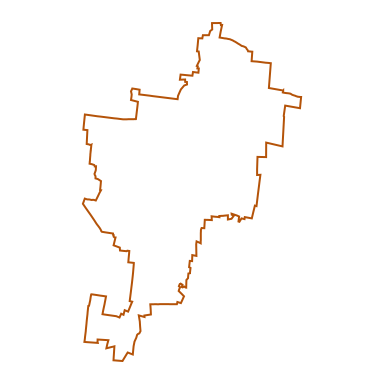 Peto, Yucatán, Mexico (Robinson projection)
{"feature_id": "50627088B37854102096410", "entity_name": "Peto", "entity_type": "district", "adm_level": 2, "iso_a3": "MEX", "parent_name": "Mexico", "parent_adm1": "Yucatán", "projection": "robinson", "projection_center": [-88.859, 20.051], "detail": "fine", "context": "isolated", "style": "outline", "palette": "amber", "viewbox_px": 384, "rotation_deg": 0, "n_neighbors": 0, "source": "geoboundaries", "source_scale": "gbopen_adm2", "svg_char_len": 5723}
<svg xmlns="http://www.w3.org/2000/svg" viewBox="0 0 384 384"><path d="M257.1,169.2L257.5,156.9L266.1,157.1L266.2,142.6L282.5,146.4L283.5,127.9L284.1,116.8L283.7,116.1L285.2,105.6L300.0,108.2L301.1,97.0L300.7,97.0L299.4,96.9L298.8,96.8L298.0,96.8L297.2,96.5L296.3,96.3L295.8,96.0L295.0,95.7L294.3,95.5L293.4,95.2L292.2,94.8L291.3,94.2L290.8,93.9L290.2,93.6L289.8,93.5L289.4,93.5L289.2,93.4L288.2,93.3L287.8,93.2L287.1,93.2L286.5,93.1L285.6,93.0L284.4,92.8L283.2,92.6L282.9,92.5L283.0,92.3L283.1,91.3L283.2,90.5L283.2,90.4L283.1,90.5L268.9,88.0L270.8,63.2L268.2,62.9L265.6,62.7L257.1,61.6L251.6,61.2L252.3,51.7L251.1,51.6L250.3,51.5L249.3,51.4L248.7,51.3L248.1,51.3L247.8,50.6L247.6,50.1L247.3,49.6L246.9,49.2L246.5,48.6L246.0,47.7L245.9,47.5L244.3,46.7L243.0,46.2L241.7,45.9L241.1,45.5L239.8,44.6L237.9,43.5L236.7,42.7L234.9,41.6L234.0,41.2L232.7,40.4L230.5,39.5L230.1,39.3L229.6,39.2L227.9,38.9L227.1,38.7L226.1,38.5L225.7,38.4L225.3,38.5L223.6,38.2L219.6,37.5L220.7,31.5L222.1,25.0L220.9,25.1L220.6,23.0L212.0,23.1L212.2,29.5L210.2,31.0L208.9,35.2L202.9,35.2L202.3,38.4L198.3,38.2L197.7,44.9L197.0,51.3L198.7,51.5L199.8,60.0L199.1,61.3L198.6,62.3L196.8,66.0L197.8,66.4L197.4,68.4L198.8,68.5L198.4,72.7L193.0,72.0L192.4,75.7L185.8,75.1L185.0,75.0L180.6,74.6L180.4,76.1L179.9,79.7L185.1,79.5L185.2,81.9L186.9,82.0L187.0,84.5L184.2,85.5L180.9,89.4L179.3,92.9L178.0,95.9L177.6,99.2L152.6,96.1L149.9,95.7L145.8,95.2L139.2,94.4L139.6,89.7L136.2,89.1L132.3,88.5L132.0,89.3L131.0,91.3L131.7,94.4L131.5,96.6L131.0,100.0L137.9,101.8L137.7,104.0L137.1,109.1L135.9,119.1L133.0,119.2L131.2,119.2L128.7,119.2L126.8,119.3L122.8,119.3L119.5,118.9L117.3,118.6L114.1,118.3L100.5,116.6L97.6,116.3L84.9,114.5L84.0,123.3L83.4,129.7L87.4,130.1L86.7,144.0L87.2,144.1L88.4,144.3L88.9,144.4L89.1,144.5L89.3,144.6L89.5,144.7L89.8,144.8L90.0,144.9L90.5,144.9L90.9,144.8L91.1,144.7L91.4,144.6L91.3,144.9L91.3,145.2L91.3,145.4L91.3,145.5L91.2,146.0L91.2,146.5L91.1,147.4L91.0,148.2L91.0,148.4L90.9,148.6L90.9,149.2L90.9,149.4L90.8,149.7L90.8,149.9L90.8,150.1L90.8,150.5L90.7,150.6L90.7,150.8L90.6,151.1L90.7,151.3L90.6,151.8L90.6,152.0L90.5,152.8L90.4,153.7L90.3,155.1L90.3,155.8L90.2,156.5L90.1,157.9L90.0,159.3L89.9,160.8L89.9,161.1L89.8,161.3L89.7,162.8L89.6,163.7L91.9,164.2L94.2,165.0L94.8,166.2L94.8,166.4L96.0,166.3L95.8,170.1L95.6,170.8L95.0,172.5L94.6,173.6L94.5,173.8L94.7,174.7L95.5,176.2L95.5,178.4L97.0,178.8L98.1,179.2L101.0,181.1L100.9,181.8L100.7,184.2L100.5,186.4L100.1,190.0L101.0,190.2L99.6,192.7L98.6,194.8L97.3,197.5L95.8,200.5L94.8,200.2L94.0,199.9L93.8,199.9L93.6,199.9L92.9,199.8L91.8,200.0L90.8,199.8L89.6,199.5L88.0,199.4L87.2,199.4L84.8,198.6L84.4,199.7L82.9,203.8L85.9,208.2L87.8,210.9L90.5,214.7L94.3,220.3L96.2,223.3L96.9,224.3L98.3,226.1L99.7,228.0L100.6,229.5L101.2,230.7L101.3,231.2L101.9,231.8L105.0,232.3L107.6,232.7L113.0,233.5L113.1,234.9L113.7,235.1L113.6,236.6L114.3,237.3L114.6,237.3L115.1,237.5L115.5,237.5L113.6,245.3L119.8,247.6L120.0,250.5L123.5,250.9L126.7,251.2L127.3,250.7L129.3,251.0L129.1,253.5L128.7,257.6L128.3,262.3L130.1,262.5L132.1,262.7L133.8,262.9L133.8,263.9L133.1,272.3L133.0,273.3L132.8,275.3L132.7,276.3L132.0,282.6L131.2,289.1L130.8,292.4L129.7,301.1L132.2,301.7L131.5,303.3L130.1,306.7L129.5,308.2L128.1,311.6L124.7,310.2L123.5,314.8L121.2,313.7L119.5,317.5L116.3,316.2L108.5,315.1L105.0,314.6L102.5,314.2L103.0,311.4L103.6,308.5L103.8,307.6L104.6,303.9L104.9,302.2L105.3,300.2L106.0,296.4L102.5,295.9L100.2,295.6L99.0,295.4L95.8,294.9L91.6,294.3L91.2,294.4L91.1,294.9L90.9,295.9L90.6,297.5L90.2,300.4L89.9,301.7L89.3,304.6L89.0,305.8L88.3,306.0L88.3,306.4L88.2,306.8L87.8,310.5L87.6,312.4L87.5,313.9L87.0,318.3L86.7,321.2L86.5,323.5L85.8,330.4L85.8,330.9L85.1,336.4L85.0,337.2L85.0,337.3L84.9,338.5L84.7,340.1L84.4,341.9L86.4,342.1L89.2,342.3L90.6,342.4L92.1,342.5L97.8,342.9L97.5,341.5L97.5,341.3L97.6,340.8L97.6,339.5L108.4,340.2L107.3,344.1L106.4,348.3L114.4,346.3L113.5,360.3L121.1,360.9L122.5,361.0L124.0,358.5L126.5,354.4L127.7,352.5L132.8,354.5L133.1,351.3L133.6,346.2L134.5,341.6L136.3,337.7L136.8,335.9L137.1,334.9L137.7,334.2L138.0,334.0L139.3,333.4L140.5,331.1L140.1,326.3L139.8,321.5L139.1,317.2L138.8,315.4L144.5,317.0L144.4,315.5L150.9,314.5L150.8,312.1L150.7,309.8L150.5,306.6L150.4,305.6L150.3,304.3L156.1,304.2L158.1,304.3L160.2,304.1L162.6,304.1L164.9,304.1L168.4,304.1L169.7,304.2L173.1,304.2L176.9,304.2L177.0,303.9L177.4,302.0L180.9,303.1L182.1,300.5L184.0,296.3L181.7,293.9L178.7,291.0L179.1,289.6L179.5,288.6L180.1,287.2L178.9,286.2L180.1,283.3L180.0,283.2L182.5,284.8L181.7,287.0L182.7,287.4L184.1,286.5L185.4,287.4L185.8,286.9L186.2,287.2L186.4,280.0L188.0,278.2L188.4,273.5L190.0,273.2L190.0,272.5L190.5,267.9L189.1,267.2L189.8,260.9L192.1,261.1L192.3,255.1L196.4,255.9L196.2,244.3L196.3,243.9L196.3,243.3L196.5,242.1L196.6,241.4L197.2,241.7L198.0,242.0L199.5,242.7L200.1,243.0L200.7,243.3L200.7,242.7L200.7,241.9L200.7,241.3L200.8,240.2L200.8,238.6L200.8,235.2L200.8,234.9L200.8,233.8L200.8,233.1L200.9,231.3L200.9,230.2L201.0,229.6L201.3,228.7L201.6,228.0L204.3,228.2L204.8,219.8L208.3,219.9L211.8,220.1L211.7,218.8L211.7,217.6L211.6,216.3L214.8,216.7L217.2,216.9L218.3,217.0L218.6,217.1L219.4,217.2L219.3,216.0L221.1,215.9L222.2,215.9L222.9,215.8L223.5,215.8L223.8,215.7L227.9,215.3L227.9,216.2L227.9,216.8L227.9,218.3L227.9,218.9L227.9,219.5L228.5,219.4L229.4,219.2L230.9,218.9L231.5,218.8L232.1,218.0L232.4,217.6L233.0,216.8L233.7,215.9L233.2,215.7L232.6,215.2L231.7,214.7L231.6,213.7L236.9,215.5L239.1,216.5L238.5,221.5L239.4,221.8L241.5,218.4L244.5,219.1L244.8,217.1L248.7,217.8L251.8,218.4L253.3,212.1L254.9,205.6L256.5,206.1L258.0,193.7L258.8,187.4L259.6,181.0L260.4,174.8L257.1,175.0L257.1,169.2Z" fill="none" stroke="#b45309" stroke-width="2"/></svg>